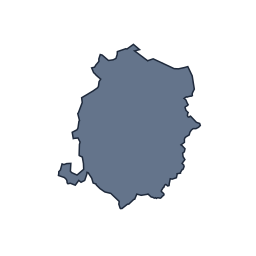 Kajuru, Kaduna, Nigeria, rotated 145°
{"feature_id": "59680162B79502957035648", "entity_name": "Kajuru", "entity_type": "district", "adm_level": 2, "iso_a3": "NGA", "parent_name": "Nigeria", "parent_adm1": "Kaduna", "projection": "albers", "projection_center": [7.809, 10.253], "detail": "fine", "context": "isolated", "style": "filled", "palette": "slate", "viewbox_px": 256, "rotation_deg": 145, "n_neighbors": 0, "source": "geoboundaries", "source_scale": "gbopen_adm2", "svg_char_len": 3063}
<svg xmlns="http://www.w3.org/2000/svg" viewBox="0 0 256 256"><g transform="rotate(145 128 128)"><path d="M164.3,161.7L168.4,157.3L169.3,156.5L170.8,155.8L176.2,156.5L178.9,150.7L178.5,150.6L174.7,148.5L175.3,144.0L177.2,142.4L183.7,133.7L183.7,133.3L182.1,130.4L184.9,124.4L188.0,119.6L196.7,118.7L196.8,118.8L199.7,123.7L200.0,125.6L195.1,131.8L198.6,134.0L201.5,134.8L202.6,136.4L207.2,132.6L207.4,132.4L209.8,131.9L210.7,130.6L212.2,129.0L208.5,123.9L208.0,121.1L208.4,119.6L209.3,118.0L209.2,116.8L206.9,115.8L205.2,113.2L204.0,111.4L202.8,111.8L198.4,113.3L197.6,110.5L193.6,109.9L192.7,110.5L188.2,113.8L187.0,115.2L186.3,114.3L186.5,107.7L187.8,103.9L188.1,102.9L186.3,100.4L186.6,99.9L186.5,98.8L185.7,94.4L183.7,89.0L183.3,88.5L179.6,84.3L179.5,83.9L177.4,73.3L177.4,72.8L179.2,70.9L180.2,67.6L180.4,67.1L180.4,66.3L179.1,65.5L172.2,65.9L171.0,65.2L164.2,66.2L163.4,65.8L158.7,68.8L155.8,65.3L150.6,62.8L150.0,62.5L149.5,62.5L148.6,58.2L147.7,57.3L147.2,56.6L147.0,56.0L146.6,55.4L146.0,55.2L145.4,55.1L145.3,54.4L145.1,54.0L144.6,54.0L144.0,54.0L143.5,53.7L142.9,53.2L142.7,52.8L142.4,52.6L142.1,52.3L141.8,52.0L141.1,51.9L140.1,52.0L139.3,52.4L138.6,52.4L137.3,52.4L136.5,53.1L136.4,53.9L136.6,54.8L136.7,55.7L137.1,56.4L137.0,56.8L137.0,57.2L136.8,57.3L136.6,57.4L136.4,57.7L136.1,57.9L135.5,58.0L134.7,58.4L134.0,58.7L133.4,58.9L133.0,58.9L132.5,58.9L132.2,59.3L131.8,59.5L131.4,59.7L130.8,60.0L130.2,60.2L129.6,60.2L129.3,59.9L129.1,59.4L129.0,58.9L128.9,58.3L128.7,57.7L127.4,57.3L126.5,58.3L126.1,58.8L122.5,62.2L121.2,60.8L116.9,59.5L114.6,61.6L114.2,62.0L114.0,62.4L110.9,60.9L110.4,61.6L107.4,62.9L107.0,62.6L106.4,62.7L104.2,64.2L103.6,65.6L104.0,68.0L99.5,69.5L99.3,73.0L97.7,76.0L95.5,76.2L93.2,78.3L93.6,80.9L93.7,82.1L94.2,83.5L94.3,83.8L90.0,83.9L88.2,86.5L87.0,87.3L85.8,87.5L84.1,87.4L81.9,87.2L79.7,89.0L77.2,90.0L75.0,90.1L72.7,88.5L69.8,88.1L67.3,88.6L66.7,90.6L68.7,93.4L69.5,98.6L70.0,101.9L70.2,102.0L70.3,102.0L70.8,101.9L71.0,101.9L71.5,101.9L71.8,102.0L72.0,102.1L72.1,102.3L72.3,102.5L72.4,103.0L72.4,103.4L72.3,103.6L72.3,103.8L72.2,104.1L72.0,104.3L71.6,104.7L70.9,105.6L70.3,105.8L69.8,106.2L70.1,106.6L70.1,107.3L70.4,109.2L70.1,110.1L69.8,111.2L69.4,112.3L68.4,112.5L67.0,112.3L65.4,112.5L65.2,114.5L65.0,115.5L64.5,117.6L64.9,119.6L65.1,120.1L64.6,120.1L63.9,120.2L62.2,120.0L62.0,119.7L61.9,119.4L61.3,119.3L58.8,118.4L58.0,117.8L56.7,117.6L55.9,119.1L54.9,119.9L53.8,120.5L51.4,121.8L45.5,133.9L43.8,144.0L47.2,145.2L52.7,147.5L56.2,150.2L57.9,153.2L67.7,170.2L72.8,171.7L73.3,171.7L78.4,187.4L73.6,185.6L75.6,193.4L82.8,193.3L83.4,193.3L84.1,193.9L84.3,194.2L92.9,196.7L94.7,194.4L98.0,191.9L101.1,192.4L104.7,194.2L105.3,194.6L107.3,202.5L108.6,204.1L112.3,201.3L113.6,199.3L116.8,198.4L118.1,198.1L120.5,197.0L123.3,198.1L124.4,193.0L123.9,191.3L124.0,191.1L123.9,190.1L123.6,188.7L123.3,187.4L122.3,183.7L125.1,182.6L128.4,179.0L129.9,178.4L135.4,178.4L139.5,178.7L142.5,178.9L148.6,179.4L150.9,175.1L159.8,169.0L160.9,168.6L163.5,161.8L164.3,161.7Z" fill="#64748b" stroke="#1e293b" stroke-width="1.5"/></g></svg>